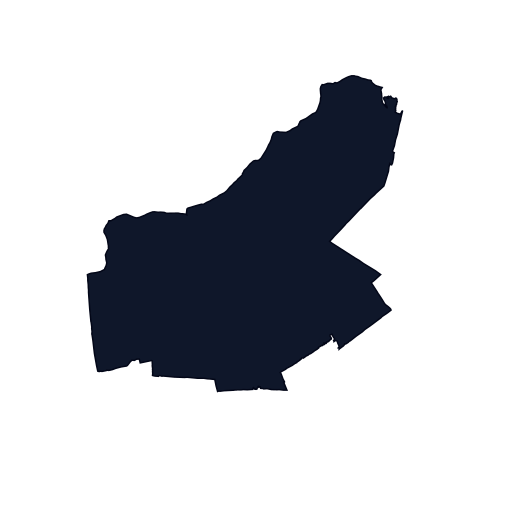 outline of Bogda, Timis, Romania, rotated 159°
{"feature_id": "2599482B35137521275654", "entity_name": "Bogda", "entity_type": "district", "adm_level": 2, "iso_a3": "ROU", "parent_name": "Romania", "parent_adm1": "Timis", "projection": "mercator", "projection_center": [21.542, 45.957], "detail": "fine", "context": "isolated", "style": "filled", "palette": "ink", "viewbox_px": 512, "rotation_deg": 159, "n_neighbors": 0, "source": "geoboundaries", "source_scale": "gbopen_adm2", "svg_char_len": 6005}
<svg xmlns="http://www.w3.org/2000/svg" viewBox="0 0 512 512"><g transform="rotate(159 256 256)"><path d="M380.7,341.6L382.6,339.5L384.9,338.2L386.3,336.8L387.8,335.7L388.9,334.1L389.4,332.5L388.8,329.2L388.8,324.9L389.2,322.8L389.9,319.7L390.1,318.4L390.7,317.0L390.9,315.8L393.5,313.7L396.0,311.2L396.3,310.6L396.7,308.4L397.3,306.5L397.7,303.4L398.2,302.4L399.3,300.8L401.6,298.6L402.3,297.7L406.9,297.2L411.8,297.9L416.1,299.0L418.6,299.1L420.1,299.0L421.0,295.5L421.8,293.4L422.9,289.3L423.9,286.5L424.5,284.3L425.4,282.0L430.3,265.9L433.6,254.0L433.7,253.0L434.8,248.4L435.3,247.4L436.1,244.3L437.2,242.0L437.4,240.7L438.4,236.1L441.8,222.8L444.1,210.9L445.0,205.2L443.8,204.3L443.1,204.4L441.0,203.4L436.8,202.7L436.3,202.9L434.8,202.1L433.7,201.8L430.7,201.4L427.1,201.4L421.7,200.8L416.3,199.7L415.3,199.9L411.0,202.5L409.7,202.9L409.3,203.2L406.8,202.1L404.6,202.5L402.4,201.8L401.9,201.5L402.4,197.7L391.2,195.9L390.5,195.4L391.7,191.7L392.2,190.7L392.9,187.8L393.4,186.9L393.4,186.4L394.1,184.9L394.4,183.6L395.4,181.6L395.0,181.2L393.3,180.1L390.1,178.6L389.6,179.0L388.6,178.9L387.2,177.7L385.2,177.0L375.9,172.4L366.4,168.3L363.8,167.5L353.9,162.6L348.4,160.5L345.2,158.7L343.8,158.1L338.7,155.5L339.8,149.1L340.4,143.3L339.4,143.3L337.8,142.6L334.1,141.7L324.6,138.6L323.4,138.5L322.9,138.1L321.2,137.7L317.9,136.4L315.6,135.8L312.2,134.3L306.7,132.6L306.5,132.8L306.5,133.2L306.0,133.3L306.0,133.8L305.5,134.0L305.3,133.5L305.5,133.1L304.8,132.8L304.3,132.3L304.6,131.9L303.6,131.5L302.7,131.5L302.3,132.3L301.0,132.6L301.1,132.9L300.9,133.3L300.4,133.5L300.0,133.2L300.1,132.6L299.9,132.4L298.9,132.2L299.1,130.8L296.8,129.7L296.5,129.2L293.2,128.2L289.3,125.7L284.2,123.6L282.3,123.0L278.5,121.0L275.2,119.7L275.4,128.1L274.6,128.1L274.5,128.3L274.9,131.7L274.8,136.9L275.2,138.5L273.7,139.0L268.6,139.7L268.2,140.1L261.4,140.9L258.3,141.7L256.2,141.9L256.2,142.1L255.8,142.4L254.7,142.5L252.2,143.1L251.9,143.3L252.0,143.5L251.9,143.6L251.2,143.8L250.6,143.6L250.1,143.9L249.6,144.6L248.2,143.7L247.8,144.1L247.2,144.0L244.8,144.7L244.5,145.0L243.9,144.7L242.9,144.8L241.8,145.3L240.0,145.3L236.2,146.2L235.7,146.5L233.2,146.9L231.8,147.2L231.4,147.5L230.6,147.6L230.5,148.2L230.4,148.2L228.5,148.6L226.7,149.0L226.5,148.9L226.6,148.7L225.9,148.6L225.3,148.9L225.5,149.2L224.9,149.4L225.0,149.1L224.3,149.1L224.0,148.9L223.3,149.2L223.7,149.6L223.6,150.5L222.6,150.1L222.4,149.6L221.8,149.3L221.3,149.7L221.4,150.1L220.9,150.4L220.4,150.4L220.1,150.1L219.7,150.0L219.3,150.4L218.3,150.4L216.6,151.3L215.4,151.5L215.2,152.0L215.2,153.3L215.8,154.7L215.5,155.5L215.3,155.7L214.2,155.6L213.1,155.8L213.0,155.3L213.0,153.6L212.8,153.0L212.8,152.1L212.3,150.8L212.6,150.1L213.9,149.2L213.7,148.6L213.8,148.2L212.9,148.5L211.6,148.4L210.8,147.5L210.8,146.5L210.9,145.3L210.7,142.0L210.9,141.6L212.1,140.8L211.5,140.5L211.5,140.0L211.1,139.8L211.7,139.5L211.8,139.2L210.5,139.8L210.1,139.7L209.4,140.0L206.7,140.7L205.4,141.4L204.7,142.2L203.9,141.7L201.4,142.2L200.4,142.5L199.8,143.0L198.5,143.0L190.8,145.4L183.9,147.1L180.7,148.4L174.5,149.9L161.5,153.6L160.1,154.3L153.6,155.8L149.3,157.1L149.3,158.2L149.7,159.3L150.8,161.4L152.6,164.3L153.1,165.8L153.8,169.8L155.2,176.4L155.4,176.7L155.7,178.9L158.0,189.7L154.8,190.7L146.3,194.0L149.8,199.4L158.4,210.5L161.2,214.8L164.1,218.4L180.7,241.0L182.0,243.3L178.8,244.8L175.7,246.5L167.1,250.5L161.5,253.3L160.3,254.1L156.8,255.5L142.1,262.6L141.2,262.8L128.7,268.7L123.6,270.6L121.6,271.6L111.6,275.5L109.4,278.1L102.0,287.6L99.9,291.6L98.0,294.3L97.5,293.0L96.7,292.5L95.3,293.8L92.4,298.4L90.7,302.0L89.9,302.8L90.8,303.9L91.0,305.0L87.3,309.3L84.1,314.5L80.4,319.1L75.3,327.3L73.1,330.2L72.4,331.0L71.4,332.8L67.0,339.2L68.0,338.7L69.3,337.6L69.5,336.8L70.0,336.4L70.4,337.0L71.4,337.3L72.5,338.3L73.2,338.7L73.7,339.6L74.5,340.3L73.3,341.9L73.2,342.3L73.4,343.0L72.7,343.7L72.6,344.5L72.3,344.8L72.4,345.0L72.4,345.5L72.2,345.7L72.0,345.4L71.8,345.5L71.2,346.7L70.6,347.0L69.8,348.5L68.8,349.6L68.7,351.0L68.3,351.7L68.4,352.8L68.8,353.3L69.2,353.4L69.9,353.1L70.4,353.2L72.5,354.9L72.5,355.2L72.7,355.3L72.7,355.8L73.0,356.9L74.0,356.8L74.7,357.0L75.0,357.6L75.9,357.5L76.2,357.0L76.2,356.3L75.9,355.7L76.1,355.6L77.0,356.1L77.0,356.3L76.7,356.5L76.7,357.0L77.0,357.3L77.0,357.6L77.5,357.6L78.8,358.3L80.2,357.8L80.5,356.3L80.1,354.6L80.1,353.5L80.3,352.3L80.9,351.4L80.7,350.5L80.2,349.1L80.1,348.0L80.4,347.4L80.8,347.6L82.8,352.5L83.0,353.6L82.8,355.2L82.4,357.2L81.8,358.5L81.0,361.4L80.6,362.5L80.0,366.1L79.4,366.9L77.8,368.1L80.0,369.6L80.7,370.3L81.8,371.0L83.5,372.6L85.3,375.7L85.7,377.1L85.6,378.3L86.1,379.0L88.5,380.3L90.4,381.9L93.6,384.0L96.6,387.0L98.9,388.3L99.7,389.0L102.3,390.0L105.4,390.2L107.6,390.1L112.3,389.6L114.9,388.9L118.1,388.5L118.7,388.6L119.3,389.2L120.3,389.6L122.3,389.1L124.7,390.5L127.3,391.5L131.1,391.6L132.0,391.8L132.8,392.3L134.7,390.9L136.0,389.1L136.6,387.3L137.5,384.2L137.6,383.4L138.3,381.3L139.1,380.3L140.2,377.9L141.3,376.2L145.8,370.9L147.3,369.6L148.3,368.8L149.5,368.5L152.4,368.4L160.0,366.4L165.8,366.1L167.0,365.5L167.2,365.1L168.8,363.7L169.8,362.5L170.9,362.0L176.6,361.6L179.4,360.8L183.6,360.6L189.5,363.2L191.6,364.6L192.9,364.6L195.8,364.3L198.4,361.6L199.9,359.4L202.2,356.9L204.6,355.0L205.5,354.0L208.5,351.2L216.3,345.4L219.2,344.4L220.8,344.7L222.4,345.4L224.3,345.6L228.7,344.0L232.4,341.8L236.4,340.2L238.0,338.5L239.0,337.9L239.5,336.9L240.0,336.4L245.5,334.2L246.8,333.3L250.2,332.2L252.4,331.0L255.5,329.8L259.9,327.3L262.9,326.3L268.3,325.8L271.2,324.9L275.5,324.6L278.9,323.9L282.9,323.7L286.1,323.1L287.0,323.2L288.4,323.9L292.1,324.3L302.4,325.1L303.5,324.7L303.8,324.3L305.6,320.9L305.9,319.3L306.9,320.4L309.9,322.0L310.8,322.3L313.3,323.9L324.1,327.9L324.8,328.4L325.8,329.4L326.5,329.8L329.5,331.2L331.7,331.9L334.9,333.6L336.6,334.2L339.4,334.3L343.2,334.2L344.9,333.9L350.9,333.8L353.3,334.2L354.3,334.6L356.1,335.9L361.9,341.4L364.8,342.2L372.0,342.3L374.1,341.6L378.9,340.9L380.7,341.6Z" fill="#0f172a" stroke="#020617" stroke-width="1.5"/></g></svg>